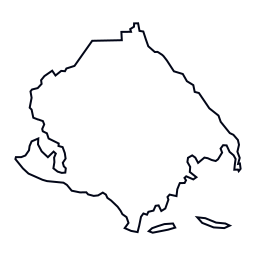 outline of Terrebonne, Louisiana, United States of America
{"feature_id": "52423323B18014802865122", "entity_name": "Terrebonne", "entity_type": "district", "adm_level": 2, "iso_a3": "USA", "parent_name": "United States of America", "parent_adm1": "Louisiana", "projection": "natural_earth1", "projection_center": [-90.835, 29.408], "detail": "fine", "context": "isolated", "style": "outline", "palette": "ink", "viewbox_px": 256, "rotation_deg": 0, "n_neighbors": 0, "source": "geoboundaries", "source_scale": "gbopen_adm2", "svg_char_len": 2164}
<svg xmlns="http://www.w3.org/2000/svg" viewBox="0 0 256 256"><path d="M238.7,171.2L240.6,168.8L239.9,163.5L238.1,163.9L239.7,157.9L237.4,151.7L239.0,144.8L237.9,140.0L233.4,134.8L229.8,133.1L220.7,121.8L218.5,115.6L209.3,108.3L198.9,93.0L194.7,91.9L193.3,85.1L186.9,81.2L182.8,74.0L173.9,71.3L166.9,60.5L163.5,56.1L162.1,54.8L157.6,51.9L154.8,52.0L148.3,46.3L145.8,39.2L143.3,31.5L139.5,30.9L138.1,23.3L134.1,23.4L134.0,26.7L130.2,29.1L131.0,31.8L121.4,31.9L121.8,40.2L92.2,40.8L74.5,65.9L66.4,68.5L65.0,71.2L61.2,70.9L55.5,75.5L52.2,70.7L44.4,76.1L41.1,80.2L41.6,83.9L37.7,88.1L32.0,89.5L30.5,91.4L31.6,97.8L29.7,107.7L31.6,109.6L33.3,117.7L38.0,119.5L38.3,119.5L42.9,121.1L44.2,124.4L43.6,125.8L42.2,129.0L42.8,131.3L46.9,133.3L48.6,138.5L58.7,143.5L58.5,146.0L62.6,147.1L64.8,153.1L65.6,158.6L62.8,162.8L63.8,166.3L65.8,168.3L65.3,172.6L61.8,172.9L57.6,171.6L53.4,168.3L54.4,162.1L54.1,157.6L55.8,153.6L53.6,151.6L47.9,157.2L41.7,151.4L38.0,144.4L38.3,138.5L31.6,141.4L29.6,146.0L29.0,150.3L25.4,155.5L21.3,157.1L15.9,157.1L15.4,159.1L22.9,168.4L28.5,173.6L42.5,179.8L47.0,181.1L63.5,182.7L66.9,184.9L71.7,190.7L80.0,192.4L86.3,192.3L88.1,194.4L93.7,195.9L98.1,195.4L102.8,192.6L105.9,194.6L107.4,197.9L111.1,200.5L117.6,206.7L120.6,210.8L122.4,214.2L126.5,217.1L128.5,222.9L126.7,225.4L124.7,228.1L131.1,230.9L137.6,232.1L138.6,228.0L139.2,225.7L141.0,216.8L143.4,213.5L147.0,214.7L148.4,211.8L153.5,210.6L155.6,205.8L156.3,205.7L158.6,205.4L161.3,211.0L165.3,208.5L168.4,199.7L167.5,197.0L169.6,194.6L176.5,196.1L177.3,189.3L179.8,183.1L184.6,183.0L186.0,180.3L184.5,177.9L186.2,176.3L193.3,179.4L196.4,177.2L189.8,172.0L190.2,166.9L187.4,162.0L188.0,157.8L192.2,155.4L195.3,157.6L198.1,162.9L204.4,157.6L207.7,158.2L211.7,160.0L215.7,161.0L218.0,159.3L222.1,152.6L220.6,148.6L223.1,145.2L226.6,145.4L229.6,151.9L233.6,155.3L235.6,159.0L234.9,164.0L234.3,169.7L238.0,169.6L238.7,171.2ZM197.2,217.3L202.2,222.9L213.6,227.4L224.3,228.1L229.8,225.6L225.3,223.5L216.1,222.6L205.3,218.2L197.2,217.3ZM152.1,228.2L148.8,231.2L152.7,232.7L168.0,229.7L175.2,227.6L173.0,223.5L164.4,224.1L157.7,226.2L152.1,228.2Z" fill="none" stroke="#020617" stroke-width="2"/></svg>